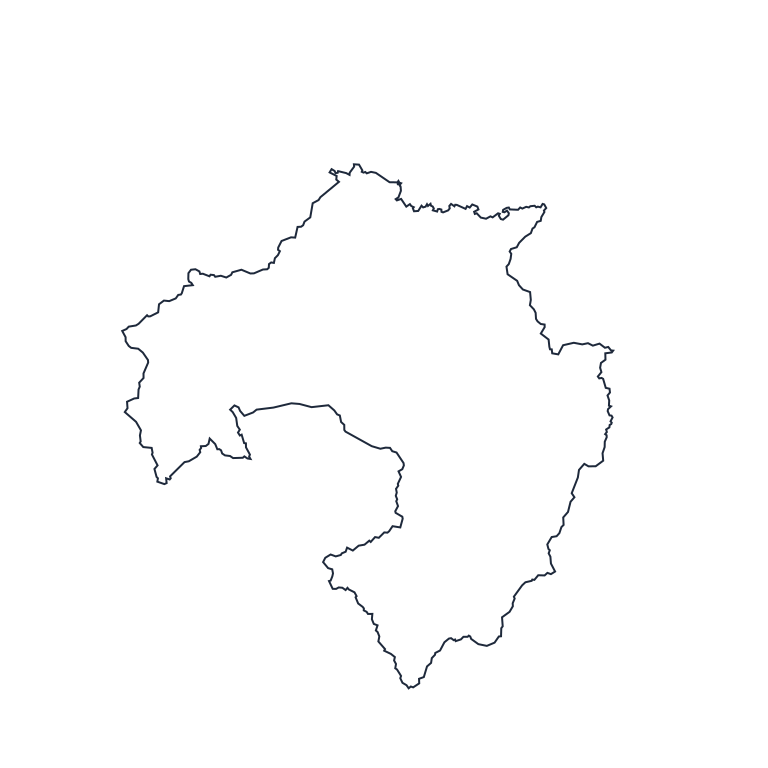 São Gabriel, Rio Grande do Sul, Brazil, rotated 124°
{"feature_id": "56859067B27515042483848", "entity_name": "São Gabriel", "entity_type": "district", "adm_level": 2, "iso_a3": "BRA", "parent_name": "Brazil", "parent_adm1": "Rio Grande do Sul", "projection": "robinson", "projection_center": [-54.366, -30.336], "detail": "fine", "context": "isolated", "style": "outline", "palette": "slate", "viewbox_px": 768, "rotation_deg": 124, "n_neighbors": 0, "source": "geoboundaries", "source_scale": "gbopen_adm2", "svg_char_len": 6168}
<svg xmlns="http://www.w3.org/2000/svg" viewBox="0 0 768 768"><g transform="rotate(124 384 384)"><path d="M228.2,212.7L229.2,214.6L227.9,218.8L230.4,221.1L230.0,227.9L235.4,232.3L236.1,237.7L240.3,241.8L243.7,249.7L251.7,257.2L262.0,256.1L264.5,261.7L261.5,264.3L262.4,265.8L260.7,267.7L255.1,272.4L254.5,282.2L247.0,282.6L244.9,284.1L246.6,287.6L246.2,291.7L245.0,294.4L240.2,298.1L238.3,301.5L237.1,307.1L232.2,309.3L226.1,314.3L228.0,321.7L226.6,327.4L224.0,331.3L223.9,342.9L218.2,348.1L214.8,347.6L209.5,349.0L204.9,351.3L203.9,353.9L201.1,354.2L196.4,350.4L191.4,350.9L182.9,349.3L176.8,346.6L172.1,347.8L169.9,346.9L164.0,347.7L161.1,345.3L157.6,346.9L151.7,347.2L150.8,348.4L147.4,347.9L145.5,351.6L146.0,353.2L150.0,353.0L150.9,355.6L152.4,356.6L152.0,358.8L154.8,362.1L156.6,362.6L157.6,365.2L161.2,367.4L161.5,369.8L164.6,370.3L168.9,377.3L167.9,379.2L169.4,380.8L173.0,382.6L174.9,381.8L174.3,380.2L171.5,379.0L172.6,376.0L174.5,375.2L181.2,377.2L181.9,379.4L180.3,382.9L178.2,383.2L178.7,384.9L185.1,387.1L185.5,389.5L189.9,391.8L191.9,396.8L190.6,402.6L192.2,403.8L190.8,405.6L186.5,403.3L184.7,405.8L185.8,411.2L189.8,411.6L190.1,414.6L193.2,414.3L194.8,423.8L195.6,425.2L197.3,425.0L197.2,429.1L199.9,429.4L201.7,427.7L204.2,427.9L208.7,431.0L209.1,432.6L207.3,434.0L207.9,436.0L209.0,437.1L211.3,436.4L212.7,440.6L210.6,440.9L209.6,442.9L209.9,444.7L208.6,446.2L211.8,447.1L210.9,448.9L213.7,448.7L215.7,450.3L215.2,452.6L221.4,452.4L224.0,455.7L222.2,458.3L220.8,458.2L221.2,460.9L220.4,463.1L224.5,464.7L221.0,473.3L224.6,476.0L224.2,477.7L221.2,476.4L214.4,478.0L211.2,480.5L210.0,482.3L210.7,484.2L209.3,485.6L213.6,492.2L213.5,508.8L215.4,513.4L219.0,516.1L218.7,518.1L220.2,519.2L220.5,521.1L219.0,521.4L216.1,527.4L218.7,531.8L220.5,530.3L228.0,530.6L229.9,529.5L230.3,533.3L233.2,541.1L234.8,540.5L236.2,542.1L235.0,544.1L235.2,547.6L239.0,547.4L238.0,539.6L241.2,537.9L241.6,534.4L264.7,541.2L268.1,541.1L274.0,544.2L287.1,538.3L293.8,540.7L297.6,539.8L300.0,540.7L302.1,543.5L312.3,539.5L314.4,543.1L322.7,548.9L330.0,548.0L332.0,546.9L332.1,544.6L336.5,544.0L340.7,544.8L345.2,543.0L346.3,545.5L348.9,546.4L352.1,544.5L354.2,545.0L356.8,548.4L365.0,553.7L367.1,556.6L369.0,566.1L376.2,572.2L379.0,571.8L383.9,574.3L385.5,579.8L389.5,583.9L388.8,585.9L390.4,588.9L392.3,588.9L393.9,595.9L395.6,597.9L393.9,600.0L394.3,604.5L397.2,607.9L401.5,608.1L406.5,604.9L408.1,603.0L407.9,600.3L409.0,597.8L414.7,604.5L421.8,602.4L423.4,602.4L425.2,604.4L429.5,604.5L435.4,608.4L437.9,613.1L443.7,615.1L450.9,611.3L458.7,615.7L459.8,617.3L459.5,618.9L471.3,621.1L474.2,622.4L479.2,627.7L482.4,628.2L486.4,630.7L489.7,624.4L493.0,622.1L495.2,616.9L495.4,613.8L492.2,607.5L492.8,601.5L496.1,593.1L498.1,591.5L509.7,589.3L513.5,586.7L519.8,587.7L522.8,585.0L525.8,584.4L533.1,580.0L535.7,583.0L542.4,587.1L547.5,583.1L552.2,583.2L554.0,568.4L558.3,559.6L563.1,557.6L567.7,553.6L569.5,553.5L570.9,548.3L566.9,540.9L570.4,537.4L572.2,537.0L578.1,526.2L582.8,526.8L588.2,520.6L588.6,518.7L591.7,517.3L589.8,510.1L587.7,508.8L584.0,511.9L583.0,508.3L581.5,508.1L580.2,509.7L560.3,505.7L557.2,502.6L548.9,498.6L543.3,498.2L541.7,500.0L539.4,499.8L538.0,501.0L535.1,497.1L531.8,496.0L526.7,498.0L528.2,490.3L531.3,485.7L530.1,484.1L530.1,482.0L532.1,479.3L532.1,475.9L529.8,471.4L529.8,467.7L524.1,459.8L522.1,459.3L522.1,455.6L520.8,452.8L519.6,455.2L517.5,455.7L513.7,463.0L510.4,465.3L511.2,466.9L505.6,473.7L507.3,474.7L505.9,477.9L502.5,478.0L500.8,482.2L494.8,487.6L491.9,493.7L491.3,497.2L485.4,496.0L484.7,491.5L486.8,488.2L488.5,482.0L480.8,476.6L476.5,475.3L465.4,462.5L451.8,450.0L447.8,442.9L443.7,431.1L432.7,418.2L433.7,410.4L435.4,405.9L434.8,403.0L439.5,398.3L440.1,394.1L444.3,391.2L445.0,389.3L442.4,359.4L439.7,350.8L435.8,347.0L433.6,343.3L435.1,339.6L433.8,335.3L438.6,323.6L440.4,322.0L444.4,321.2L448.3,323.1L451.5,317.9L459.1,316.7L460.3,315.3L464.2,315.4L466.9,312.7L470.1,311.7L472.2,308.6L474.3,308.3L477.4,304.1L483.2,303.5L484.3,302.3L483.8,294.6L485.2,293.2L493.8,290.3L497.1,297.4L503.2,297.4L505.3,298.0L506.9,300.8L514.4,302.3L515.9,305.8L522.4,306.7L522.1,308.6L528.1,310.3L532.2,314.6L539.5,316.7L540.3,323.1L544.5,322.0L548.0,324.3L549.9,324.2L553.9,327.6L555.2,332.9L560.9,335.5L565.7,334.9L567.9,327.4L566.6,323.3L569.5,320.4L572.3,319.3L576.8,318.3L578.1,319.4L582.5,312.0L580.6,309.1L578.0,307.8L576.2,304.6L576.3,300.6L573.4,300.3L574.0,298.3L573.2,292.0L575.2,288.1L576.7,288.3L580.4,282.7L580.7,277.1L581.3,275.2L583.0,274.2L582.6,271.0L583.6,268.7L581.1,265.1L585.8,262.5L587.4,260.1L588.6,258.3L587.7,254.4L592.9,252.9L593.2,250.6L595.9,246.7L600.6,244.7L603.2,234.9L605.0,234.7L603.9,227.4L604.3,222.3L607.6,221.0L609.4,217.5L613.4,215.7L613.4,213.6L616.5,206.6L618.8,206.0L621.4,201.6L621.1,196.9L622.5,193.4L619.8,192.6L619.2,190.2L612.5,187.4L608.8,190.1L604.7,187.1L594.1,190.4L588.9,189.0L584.5,191.1L580.0,190.3L578.3,191.1L573.6,188.5L564.3,189.5L558.7,187.8L557.2,186.2L557.4,183.0L556.1,182.2L557.1,180.8L552.7,177.4L549.2,176.8L546.8,173.3L545.2,173.0L545.1,171.3L546.6,169.2L546.9,160.3L543.6,152.3L536.6,147.7L529.1,147.6L527.7,145.9L520.9,150.2L518.5,150.1L511.4,155.7L502.7,152.5L496.2,152.9L493.8,154.7L488.8,155.7L487.7,157.4L473.7,156.9L469.3,155.9L464.6,151.5L463.2,151.7L462.3,149.8L456.3,149.2L452.9,143.8L449.2,142.9L448.3,139.3L443.8,137.3L439.5,145.2L434.1,149.5L432.3,152.8L429.1,153.6L428.8,155.4L425.7,158.9L417.1,159.4L413.7,155.8L409.6,155.2L403.4,156.9L400.4,156.3L394.4,160.8L387.2,159.9L377.3,163.5L371.4,162.8L369.6,167.3L353.1,171.0L346.2,174.3L338.2,173.3L337.9,168.4L333.8,162.5L325.0,159.4L319.2,164.1L312.9,165.8L308.4,168.7L303.6,169.6L302.0,170.8L301.9,172.6L299.2,172.4L297.5,174.4L293.9,172.9L291.8,174.0L290.1,173.2L288.7,173.6L288.3,175.3L283.9,175.8L283.0,177.7L283.9,179.5L281.4,183.4L279.6,184.2L275.6,183.3L276.2,185.4L271.7,188.1L268.5,192.3L264.7,191.9L261.8,194.4L263.2,198.0L257.2,205.2L257.3,207.0L259.0,208.7L258.2,210.9L252.6,210.4L249.7,213.9L245.2,215.9L240.0,214.0L234.8,217.7L230.5,212.8L228.2,212.7ZM210.0,482.3L208.0,482.1L208.5,483.8L210.0,482.3ZM208.5,483.8L207.6,485.6L209.3,485.6L208.5,483.8Z" fill="none" stroke="#1e293b" stroke-width="2"/></g></svg>